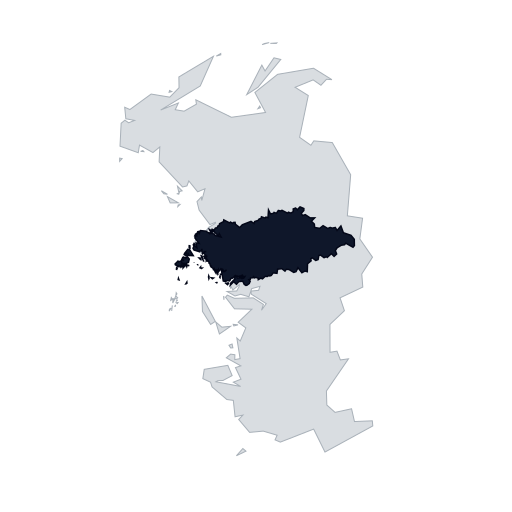 Russia, with Krasnoyarsk highlighted, rotated 258°
{"feature_id": "RUS-2603", "entity_name": "Krasnoyarsk", "entity_type": "Territory", "adm_level": 1, "iso_a3": "RUS", "parent_name": "Russia", "parent_adm1": "", "projection": "orthographic", "projection_center": [95.961, 66.535], "detail": "fine", "context": "in_parent", "style": "filled", "palette": "ink", "viewbox_px": 512, "rotation_deg": 258, "n_neighbors": 0, "source": "natural_earth", "source_scale": "10m", "svg_char_len": 9832}
<svg xmlns="http://www.w3.org/2000/svg" viewBox="0 0 512 512"><g transform="rotate(258 256 256)"><path d="M427.7,351.3L412.7,366.9L414.2,361.7L409.5,355.0L416.4,348.5L412.9,329.3L402.1,340.5L363.0,323.3L352.9,332.7L356.6,336.5L351.1,354.2L315.8,365.5L276.3,353.7L270.8,368.1L251.1,361.1L230.6,369.7L216.4,355.7L203.4,354.0L197.6,329.5L184.1,331.1L173.7,314.1L146.4,308.4L146.1,315.4L136.8,316.9L136.2,325.1L109.3,296.8L95.5,294.3L86.6,300.8L86.7,317.7L73.6,317.9L70.6,335.5L65.5,334.9L49.9,282.7L74.7,276.4L68.9,241.1L72.2,236.4L76.3,239.4L83.2,226.7L84.8,213.1L99.7,205.1L103.1,210.1L103.1,202.1L119.5,203.8L121.7,197.6L137.1,185.8L142.0,185.3L147.1,178.5L155.9,181.8L154.9,205.7L144.0,207.8L141.1,197.8L142.0,192.9L141.3,190.6L131.6,213.8L137.3,207.6L138.6,215.7L151.1,212.7L151.7,218.3L162.6,205.8L165.3,210.8L163.8,214.8L159.1,213.7L158.9,219.1L179.8,220.2L176.1,222.9L187.8,231.1L194.9,224.8L204.8,240.9L208.8,224.0L222.0,217.6L223.7,219.8L219.1,226.1L215.6,244.6L207.1,253.2L201.8,250.1L207.3,256.1L219.6,243.5L222.7,243.8L221.9,251.4L225.5,253.6L225.0,245.0L217.6,240.6L221.7,233.0L221.3,227.1L227.3,220.3L225.8,229.9L230.0,233.4L231.4,233.7L227.6,226.3L232.9,224.8L240.4,231.0L237.0,237.4L238.2,240.8L241.2,231.4L238.5,218.9L248.5,223.8L250.7,219.7L248.6,214.2L251.0,211.3L270.6,208.3L269.3,204.2L275.7,196.0L291.7,203.9L281.9,225.8L289.3,216.6L294.0,216.1L296.1,222.4L296.7,223.4L297.4,223.3L296.3,217.5L312.7,209.9L321.5,209.6L325.1,214.8L321.6,214.5L332.4,220.1L330.9,212.3L343.4,205.9L338.9,203.0L338.8,198.5L368.2,180.8L382.7,184.6L378.6,176.7L388.7,165.1L381.5,162.3L391.7,145.8L413.9,151.7L416.1,156.0L412.8,159.1L413.9,165.4L417.3,157.2L428.8,158.5L425.5,163.1L436.2,187.1L429.3,204.7L436.6,215.7L447.2,217.8L460.2,255.9L433.9,236.8L418.6,193.1L421.8,211.9L415.9,207.4L412.6,215.8L416.9,229.3L421.3,229.6L396.8,260.8L394.4,295.2L416.2,288.9L429.2,314.9L427.7,351.3ZM228.1,194.8L200.5,202.6L198.5,197.4L212.9,192.1L228.1,194.8ZM415.8,280.5L441.5,301.4L435.1,303.3L446.1,314.8L443.1,321.1L420.6,293.0L415.8,280.5ZM187.3,204.0L199.9,202.9L193.5,207.8L192.5,216.5L187.3,204.0ZM324.1,191.2L325.8,183.1L332.5,181.7L324.1,191.2ZM264.1,182.4L269.9,189.1L261.9,186.0L264.1,182.4ZM262.6,176.7L267.1,178.8L260.6,180.7L262.6,176.7ZM271.6,186.6L276.6,190.6L269.4,194.7L271.6,186.6ZM334.8,182.2L336.0,178.8L339.5,177.0L334.8,182.2ZM64.7,195.3L70.4,203.1L67.2,205.6L64.7,195.3ZM222.5,162.9L225.1,163.9L219.8,162.1L222.5,162.9ZM335.0,193.7L340.6,193.7L335.1,197.3L335.0,193.7ZM174.9,214.3L171.0,214.3L171.3,212.1L174.3,211.0L174.9,214.3ZM227.3,164.8L229.8,165.4L230.0,167.0L227.3,164.8ZM233.7,169.2L231.4,170.7L230.4,169.0L231.7,167.9L233.7,169.2ZM235.4,170.8L234.0,169.4L236.7,170.3L235.4,170.8ZM193.9,219.5L192.4,224.1L192.2,219.8L193.9,219.5ZM262.8,183.5L260.9,184.8L259.9,182.9L262.8,183.5ZM230.3,163.3L233.0,164.5L231.1,165.3L230.3,163.3ZM380.1,143.0L379.1,145.3L376.9,142.3L380.1,143.0ZM222.0,160.3L222.7,162.1L220.1,159.6L222.0,160.3ZM222.8,216.2L219.8,215.5L223.0,215.9L222.8,216.2ZM291.4,212.7L293.3,215.1L290.8,214.1L291.4,212.7ZM382.3,164.9L382.7,167.3L381.4,168.0L382.3,164.9ZM228.8,169.7L228.2,168.2L229.6,170.1L228.8,169.7ZM231.5,165.7L231.1,167.5L230.5,165.7L231.5,165.7ZM461.5,305.9L462.1,308.5L462.0,313.3L461.5,305.9ZM226.9,168.2L226.7,170.1L225.8,169.1L226.9,168.2ZM232.9,224.3L230.3,224.8L229.9,224.4L232.9,224.3ZM435.9,205.9L434.3,207.8L434.2,205.0L435.9,205.9ZM333.2,192.0L334.0,194.2L332.5,193.3L333.2,192.0ZM399.7,288.5L401.9,290.8L400.1,291.2L399.7,288.5ZM459.8,258.7L461.4,263.6L460.1,263.4L459.8,258.7ZM224.9,167.2L223.6,166.8L223.7,166.1L224.9,167.2ZM235.3,221.0L234.3,222.9L234.0,222.2L235.3,221.0ZM322.1,190.5L322.1,192.2L320.6,189.8L322.1,190.5ZM459.7,320.1L461.0,314.2L460.1,320.7L459.7,320.1Z" fill="#d9dde1" stroke="#a8b0b8" stroke-width="1"/><path d="M232.9,224.9L234.7,225.6L237.8,230.5L240.7,231.0L239.9,232.8L238.2,233.3L237.8,236.4L236.8,237.5L236.9,239.8L237.0,237.5L239.1,235.2L239.2,236.8L237.4,240.1L238.3,240.9L238.3,239.3L240.1,238.8L239.6,234.7L241.3,231.7L239.2,228.4L239.5,227.2L237.1,225.0L238.0,222.5L237.3,221.0L238.0,220.9L237.6,220.1L238.4,218.8L249.9,219.2L247.3,221.2L247.3,222.2L248.6,224.4L247.4,221.5L249.8,220.8L250.9,219.2L248.4,216.0L250.7,216.3L249.6,215.2L250.1,215.0L248.5,214.2L249.2,213.2L250.4,214.7L250.2,214.1L251.4,212.8L251.1,212.5L252.1,212.4L251.0,211.4L252.4,211.9L254.8,209.7L255.4,210.2L255.9,209.4L258.4,209.2L258.7,208.6L259.7,208.7L261.5,208.1L262.5,207.6L260.5,207.4L262.2,206.9L261.8,206.4L266.2,207.5L265.9,208.0L269.4,205.5L270.8,206.8L270.6,208.4L271.0,206.4L269.3,204.1L274.3,204.5L272.2,203.6L272.6,202.3L272.0,201.7L274.7,196.6L276.7,196.0L279.1,197.8L276.4,199.9L281.2,200.1L280.2,202.9L286.4,200.0L288.4,201.3L288.1,202.2L289.4,201.9L289.2,202.6L289.9,203.0L289.6,203.7L290.2,202.1L291.3,204.5L291.9,204.3L291.9,206.3L291.8,205.6L291.0,205.6L291.0,205.4L289.9,204.9L289.6,205.0L292.4,207.0L290.7,212.2L287.7,215.1L288.4,215.1L286.1,219.7L284.6,220.1L281.8,225.8L285.4,224.7L283.5,223.6L290.9,218.3L291.3,218.6L290.0,220.4L291.8,222.1L291.7,223.8L293.4,225.2L293.1,226.1L295.2,227.1L296.4,231.4L298.0,232.0L293.9,237.0L294.5,238.1L292.8,239.9L293.5,240.9L293.3,242.5L291.3,242.5L287.2,246.0L289.4,249.1L290.9,258.3L288.2,260.8L290.0,261.9L290.4,265.6L291.5,266.7L291.7,268.7L293.2,269.5L291.2,272.8L292.0,273.8L291.0,275.7L298.4,277.8L294.2,278.9L294.1,282.0L294.9,282.7L293.5,284.8L295.9,287.3L294.9,289.6L295.3,290.9L291.3,295.8L292.1,296.8L290.7,299.1L291.7,301.7L294.3,302.2L294.7,304.7L292.7,306.0L294.9,309.3L292.5,312.7L290.5,312.2L288.4,309.2L285.9,309.9L286.2,312.8L282.0,316.9L281.1,321.3L278.5,317.4L275.1,319.7L271.7,319.3L269.8,324.1L271.7,327.9L268.0,331.9L268.5,334.5L267.4,336.4L267.4,339.5L264.1,340.6L267.7,345.3L260.6,346.3L256.5,353.2L251.9,355.6L245.7,354.4L244.4,352.7L249.9,346.4L248.6,345.0L248.8,341.7L247.2,337.1L244.8,334.7L241.2,335.3L239.4,332.3L242.6,330.2L239.8,325.4L240.7,324.7L240.2,322.2L243.4,319.4L243.5,317.6L239.6,316.0L239.2,313.5L242.5,310.7L242.0,309.0L239.8,308.9L237.7,304.8L230.0,302.9L231.1,300.7L230.1,297.4L235.8,294.6L232.4,291.9L232.1,289.5L235.9,285.5L236.7,282.9L235.2,281.2L238.2,278.7L238.6,274.4L234.7,272.9L235.9,269.3L233.8,266.9L233.6,265.3L234.3,264.7L233.6,262.8L234.2,260.7L232.3,257.6L233.3,256.0L232.4,253.3L233.8,253.5L235.1,251.5L234.9,249.7L236.3,249.4L235.4,248.2L235.7,246.1L234.4,245.6L234.4,244.1L232.6,245.1L230.5,243.7L229.3,241.1L229.3,240.0L230.7,238.6L233.9,237.9L234.3,236.3L234.5,233.8L232.4,231.0L235.5,228.8L232.9,224.9ZM269.8,188.6L266.9,190.1L263.8,188.6L263.3,186.1L262.6,186.2L262.8,185.3L262.1,186.3L261.7,185.6L263.8,184.1L263.3,183.6L264.1,182.3L266.9,181.9L267.4,182.6L266.5,184.7L267.9,182.6L269.6,183.9L269.4,187.0L268.7,187.1L269.8,188.6ZM265.0,175.2L267.2,178.6L266.3,179.0L266.7,181.0L266.4,181.6L263.6,182.2L262.8,183.0L261.0,181.8L262.3,181.1L260.4,181.0L261.7,180.5L261.0,180.1L261.9,179.8L262.5,178.1L261.7,178.2L262.3,176.9L264.8,175.7L264.4,175.3L265.0,175.2ZM276.7,190.7L276.2,192.3L269.4,194.7L270.5,190.3L271.4,190.2L271.0,190.0L271.0,188.9L271.2,188.6L271.8,188.9L271.1,188.4L271.2,187.5L272.3,186.0L273.4,186.7L272.8,189.7L274.0,187.4L276.7,190.7ZM259.7,182.4L262.8,183.6L261.9,184.6L260.7,184.8L261.2,184.5L259.7,182.4ZM291.5,216.0L288.9,219.0L288.4,218.2L288.9,216.7L291.5,216.0ZM235.5,223.2L235.1,223.5L233.9,222.2L235.4,221.0L235.5,223.2ZM261.0,175.9L260.6,176.5L259.4,175.7L259.6,175.4L261.0,175.9ZM249.1,175.0L250.2,175.5L248.7,175.7L249.1,175.0ZM244.8,182.9L243.8,182.8L243.8,182.4L243.4,182.1L243.4,181.6L244.8,182.9ZM266.2,205.6L265.7,206.6L264.1,205.9L264.3,205.5L266.2,205.6ZM265.9,199.9L265.5,201.2L264.1,201.1L264.4,200.8L265.9,199.9ZM244.0,207.8L243.3,209.8L242.8,208.6L244.0,207.8ZM280.0,192.8L279.8,193.4L278.4,193.2L279.5,192.6L280.0,192.8ZM256.1,198.8L256.7,199.5L255.8,199.3L256.1,198.8ZM238.5,239.2L239.8,237.1L239.1,238.8L238.5,239.2ZM250.9,212.4L250.3,212.9L250.6,213.4L249.5,212.7L250.9,212.4ZM287.8,200.7L288.3,200.2L289.0,200.9L288.9,201.4L287.8,200.7ZM278.6,192.0L278.1,192.8L277.8,192.7L278.6,192.0ZM243.7,216.4L244.4,216.9L243.0,216.6L243.7,216.4ZM255.6,199.8L255.4,200.7L255.1,200.1L255.3,199.8L255.6,199.8ZM248.5,214.6L249.1,215.1L248.2,215.2L248.5,214.6ZM247.6,214.5L248.2,215.0L247.4,214.7L247.6,214.5ZM246.3,205.6L245.6,205.7L244.8,205.2L245.4,205.2L246.3,205.6ZM280.6,197.6L281.1,198.0L280.4,198.4L280.6,197.6ZM265.5,202.9L265.7,203.5L265.1,203.5L265.5,202.9ZM242.4,216.1L242.9,216.5L242.2,216.3L242.4,216.1ZM266.3,207.1L267.2,206.6L266.3,207.3L266.3,207.1ZM266.8,205.4L266.7,205.8L266.3,206.2L266.5,205.1L266.8,205.4ZM238.2,211.8L238.3,212.8L237.9,212.1L238.2,211.8ZM248.5,213.7L247.6,213.3L248.3,213.1L248.5,213.7ZM246.9,214.8L246.3,215.0L246.6,215.4L246.1,214.9L246.9,214.8ZM245.6,217.5L245.5,217.9L244.7,217.4L245.6,217.5ZM263.4,206.0L263.5,206.1L262.9,205.9L263.4,206.0ZM248.7,220.5L249.2,220.7L248.5,220.7L248.7,220.5ZM279.8,197.1L279.6,197.6L279.4,197.6L279.5,197.1L279.8,197.1ZM264.0,202.9L264.3,203.2L263.5,203.3L264.0,202.9ZM269.6,184.7L270.0,184.8L269.6,185.2L269.6,184.7ZM260.4,186.3L261.2,186.3L260.9,186.6L260.4,186.3ZM267.3,202.9L267.5,203.6L267.0,203.0L267.3,202.9ZM243.8,205.2L244.6,205.8L243.7,205.2L243.8,205.2ZM264.4,203.0L265.0,203.0L264.5,203.3L264.4,203.0ZM261.8,186.4L261.5,186.6L261.3,186.4L261.6,186.3L261.8,186.4ZM262.6,194.1L262.2,194.1L262.6,194.1ZM263.4,182.8L263.2,183.1L263.0,182.9L263.4,182.8ZM290.3,201.5L289.9,201.6L290.3,201.5ZM260.8,188.0L261.4,188.5L260.7,188.1L260.8,188.0ZM267.5,202.5L267.3,202.8L266.9,202.6L267.5,202.5ZM259.8,197.1L260.0,197.3L259.7,197.2L259.8,197.1ZM265.8,205.2L266.3,205.1L265.8,205.2ZM262.3,203.5L262.9,203.7L262.2,203.6L262.3,203.5ZM259.7,185.6L260.1,186.1L259.4,185.4L259.7,185.6ZM263.9,205.9L264.0,206.3L263.7,206.2L263.9,205.9ZM278.6,198.5L278.6,198.2L278.8,198.3L278.6,198.5Z" fill="#0f172a" stroke="#020617" stroke-width="1.5"/></g></svg>